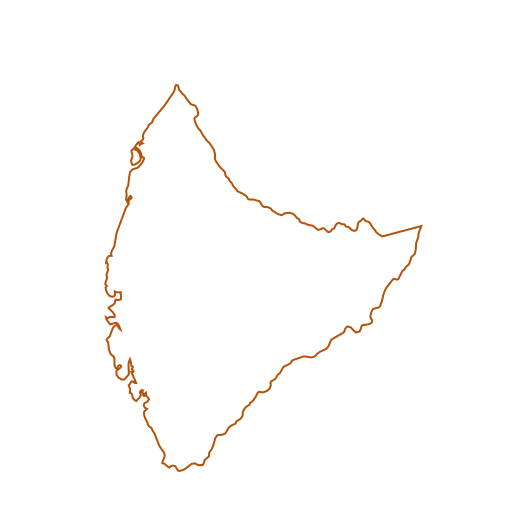 map outline of Nampula (Equal Earth projection), rotated 164°
{"feature_id": "MOZ-1200", "entity_name": "Nampula", "entity_type": "Province", "adm_level": 1, "iso_a3": "MOZ", "parent_name": "Mozambique", "parent_adm1": "", "projection": "equal_earth", "projection_center": [39.254, -15.162], "detail": "fine", "context": "isolated", "style": "outline", "palette": "amber", "viewbox_px": 512, "rotation_deg": 164, "n_neighbors": 0, "source": "natural_earth", "source_scale": "10m", "svg_char_len": 6122}
<svg xmlns="http://www.w3.org/2000/svg" viewBox="0 0 512 512"><g transform="rotate(164 256 256)"><path d="M397.5,76.4L398.9,77.9L401.3,81.6L403.0,82.4L403.1,83.1L402.0,84.8L399.4,88.0L398.5,90.1L398.7,92.6L400.9,98.9L401.3,100.9L402.6,113.8L403.6,116.7L403.8,119.1L405.6,121.6L406.3,123.5L406.4,126.3L407.3,131.0L407.4,133.3L407.0,136.2L406.1,137.5L402.9,139.1L403.8,139.9L404.6,140.9L405.0,142.2L404.9,143.7L404.1,144.9L403.0,145.4L400.7,145.9L398.3,147.7L398.8,149.6L400.0,151.8L399.5,154.9L400.7,154.4L401.6,152.3L402.3,152.3L402.8,153.2L402.5,155.4L403.4,156.4L401.7,157.9L402.6,158.5L403.4,158.5L405.1,157.1L405.1,153.9L407.1,151.9L411.1,149.7L412.1,150.6L413.0,152.1L413.5,153.8L413.3,157.1L413.7,158.3L415.1,159.3L414.2,160.9L413.8,163.0L414.0,166.9L412.9,167.3L410.9,169.4L410.1,169.8L409.0,169.4L407.4,167.3L406.2,166.9L407.8,178.8L406.4,178.2L405.6,178.8L405.7,180.1L406.7,181.1L405.0,183.3L405.5,184.5L406.1,184.8L405.5,189.8L405.6,191.5L407.3,189.4L408.5,186.9L410.7,177.7L411.4,176.9L416.2,173.8L417.3,173.6L419.5,174.6L421.7,177.1L422.8,180.4L422.0,183.7L420.9,184.6L417.2,185.9L416.1,187.2L416.2,188.1L417.1,188.6L418.3,188.6L419.2,187.8L419.9,186.7L420.7,186.2L421.7,187.0L422.1,188.5L422.0,190.4L420.3,196.6L420.4,197.8L421.1,199.6L422.4,201.1L422.9,202.7L422.9,204.2L423.2,206.6L421.9,213.6L422.0,214.1L422.8,215.6L422.6,216.8L422.2,217.2L418.3,219.4L417.3,221.1L413.3,226.4L412.0,227.3L410.5,227.9L409.1,228.0L408.4,227.4L407.5,224.1L406.6,222.8L407.0,226.9L407.4,228.8L408.8,230.3L410.1,230.5L414.0,230.5L414.9,230.3L416.6,234.4L417.2,236.8L417.1,238.5L415.9,237.2L415.1,237.1L413.3,237.8L408.8,236.2L408.1,238.2L409.1,241.3L412.1,246.7L409.6,247.8L407.1,248.3L404.9,249.4L403.2,252.7L400.4,251.6L398.8,251.5L397.6,251.9L397.2,253.0L396.5,256.9L396.0,258.5L398.9,259.1L400.3,259.8L401.5,260.8L402.2,257.6L403.8,256.3L405.9,256.6L407.9,258.2L409.0,260.6L409.6,264.1L409.3,267.1L407.6,268.3L408.6,269.9L408.4,271.3L405.4,275.6L405.0,276.3L405.1,278.0L404.9,279.0L404.0,280.6L402.0,283.2L401.9,284.0L402.0,285.7L401.1,288.0L400.8,289.6L401.0,290.8L402.0,290.7L400.8,293.6L399.9,294.8L397.6,296.5L396.8,296.5L394.8,295.9L394.5,298.7L393.3,300.6L390.1,303.7L388.9,305.6L383.8,316.4L367.7,338.2L364.3,340.8L363.8,341.8L363.3,344.4L360.6,345.5L359.6,346.2L359.3,347.2L360.2,348.4L362.0,347.2L364.8,343.4L365.3,345.9L364.6,347.8L363.7,349.6L362.8,354.3L361.9,356.0L359.3,359.1L355.9,367.5L353.8,371.5L351.0,373.3L345.8,373.4L344.3,373.9L339.3,377.4L336.9,380.1L336.7,380.6L336.8,381.5L337.4,381.9L338.3,382.1L338.3,387.3L338.9,389.6L339.9,391.5L341.2,393.0L342.7,394.0L339.1,397.0L337.7,397.7L337.1,394.7L335.5,395.5L333.9,395.5L335.5,397.7L333.3,398.7L332.5,399.4L331.6,400.7L331.8,401.5L331.7,402.4L331.4,403.2L330.0,405.1L328.4,406.6L325.1,409.0L322.7,411.6L319.4,412.9L318.7,413.6L316.6,416.3L302.4,425.9L290.2,436.0L288.8,437.5L286.7,441.5L285.6,442.4L284.1,441.5L284.1,441.9L284.0,441.7L284.0,436.7L282.9,434.5L282.4,432.9L280.3,429.6L279.7,427.1L277.0,420.3L276.0,419.2L273.4,417.6L273.0,417.1L272.3,415.2L272.0,413.2L272.2,409.6L272.5,408.4L273.2,407.2L274.1,406.7L276.2,406.1L277.1,405.5L277.5,404.6L277.6,402.6L277.1,397.7L276.3,394.4L274.7,391.3L273.7,386.4L272.7,384.3L271.7,381.2L269.4,376.9L267.3,370.0L267.2,369.5L267.4,364.9L268.6,361.1L268.7,359.9L268.5,358.7L266.9,353.4L265.2,349.7L263.6,347.0L262.9,345.5L262.9,344.3L263.1,342.3L263.0,341.1L262.4,340.0L261.0,338.0L260.8,337.2L260.6,335.3L259.3,332.9L258.4,328.9L256.8,325.8L255.9,323.3L251.0,319.0L250.5,318.1L249.1,316.8L248.5,315.4L248.0,313.1L246.7,312.1L242.7,310.9L237.9,307.9L237.3,307.2L236.4,303.2L235.7,301.9L234.7,300.9L231.3,299.8L228.7,297.6L227.6,294.8L225.7,293.2L224.8,291.8L223.0,290.0L220.1,288.2L216.2,289.1L211.9,288.3L209.8,287.1L208.6,286.1L207.5,284.5L206.1,281.1L204.6,279.7L204.3,278.6L204.5,277.4L204.0,276.4L201.7,274.6L199.8,273.8L197.8,271.9L193.8,269.8L192.7,269.0L189.3,264.2L188.8,263.9L185.8,263.9L184.9,264.4L183.9,264.3L182.7,263.4L180.7,259.9L180.0,259.1L179.3,258.9L177.5,259.1L175.6,260.6L173.0,261.1L171.6,263.1L169.4,264.7L168.1,265.1L167.5,265.1L165.9,264.2L164.7,262.8L162.5,262.2L162.0,261.4L161.7,260.0L161.3,259.5L158.6,257.9L156.8,254.6L155.0,253.3L154.4,253.0L153.3,253.1L152.4,253.4L151.2,254.6L150.7,255.4L149.1,258.8L148.3,259.9L147.5,260.4L145.3,261.1L143.1,262.5L142.6,262.4L142.1,261.7L141.2,259.6L138.5,257.9L137.5,256.7L135.9,250.8L134.7,248.6L134.0,246.0L132.4,243.5L129.2,240.0L88.8,239.2L93.0,233.7L94.0,231.6L94.8,229.4L98.4,224.5L100.7,218.0L102.9,214.2L107.2,211.9L108.2,210.2L110.6,206.7L111.6,205.7L114.9,204.2L117.0,202.2L119.5,201.2L125.5,194.6L126.5,194.4L127.5,194.7L129.5,196.0L131.1,195.6L139.4,189.6L142.2,186.5L144.5,183.2L147.4,177.9L150.5,173.7L151.7,172.8L158.1,172.8L159.6,171.4L161.5,168.9L162.8,166.2L162.8,164.3L162.0,162.0L163.0,160.4L164.8,159.5L166.4,159.3L172.7,160.1L173.9,159.4L176.0,156.1L177.4,154.9L180.9,154.9L182.8,157.7L184.5,161.2L187.4,163.1L188.7,162.6L190.2,161.5L191.4,160.1L191.9,159.0L192.7,158.3L206.3,155.0L208.0,153.4L210.8,149.6L213.9,147.4L221.0,146.3L224.1,145.1L226.6,143.6L229.1,143.0L231.6,143.5L234.6,145.1L237.8,146.3L248.0,145.9L249.9,145.5L252.6,143.4L253.8,143.0L259.2,142.1L260.7,141.4L265.2,136.9L267.8,135.8L271.3,132.6L276.1,131.2L276.9,130.6L277.3,128.0L278.5,125.9L280.0,124.4L281.8,123.5L285.4,123.0L287.5,123.1L290.5,124.7L292.4,123.7L295.2,120.6L298.1,118.2L299.9,117.2L302.2,116.4L303.0,114.9L306.8,113.8L308.5,112.8L310.3,111.3L311.8,109.4L312.9,106.2L314.1,105.0L315.5,104.0L316.8,103.4L320.2,102.6L321.9,100.6L322.7,100.3L326.0,100.0L329.1,98.8L333.8,94.3L335.5,93.6L338.9,93.6L341.4,94.4L342.4,94.4L345.1,92.5L349.7,85.1L351.9,82.4L354.2,80.7L355.3,79.5L356.4,76.6L357.9,75.6L361.3,74.2L364.1,70.4L365.2,69.6L365.6,69.7L366.0,70.2L369.0,70.8L371.9,73.5L375.2,73.9L381.9,71.2L385.0,70.4L388.9,70.5L390.3,71.4L390.8,73.8L391.6,76.2L393.5,77.4L395.7,77.5L397.5,76.4ZM347.1,377.3L349.8,377.7L350.0,380.2L349.7,382.4L347.5,385.2L346.8,388.4L347.0,390.3L346.5,391.8L344.5,392.6L342.8,391.8L340.8,389.7L339.6,386.0L339.9,381.8L340.8,379.9L343.1,378.5L347.1,377.3Z" fill="none" stroke="#b45309" stroke-width="2"/></g></svg>